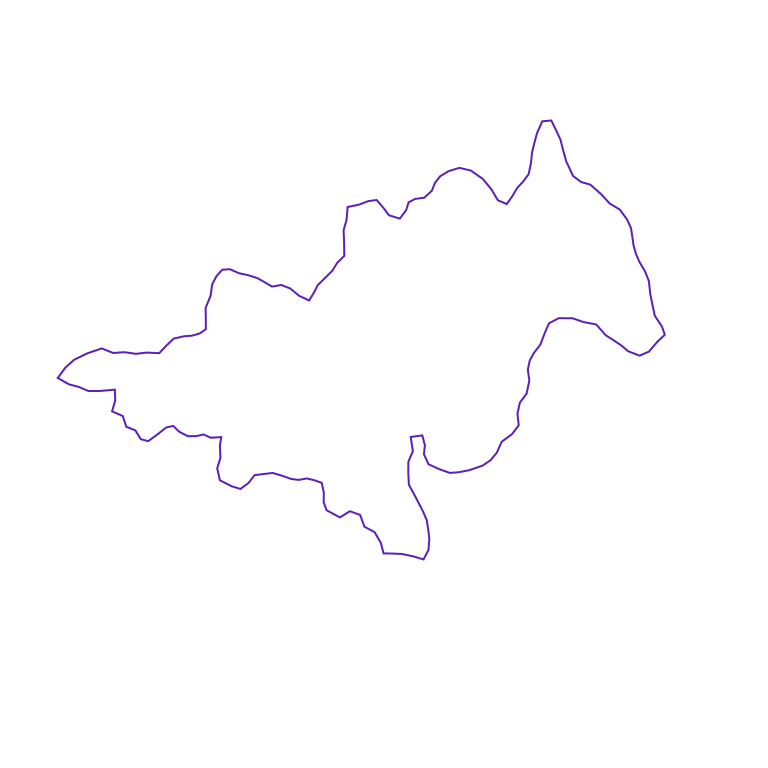 the district of Santana da Vargem, Minas Gerais, Brazil, rotated 154°
{"feature_id": "56859067B34878653827623", "entity_name": "Santana da Vargem", "entity_type": "district", "adm_level": 2, "iso_a3": "BRA", "parent_name": "Brazil", "parent_adm1": "Minas Gerais", "projection": "robinson", "projection_center": [-45.501, -21.259], "detail": "fine", "context": "isolated", "style": "outline", "palette": "violet", "viewbox_px": 768, "rotation_deg": 154, "n_neighbors": 0, "source": "geoboundaries", "source_scale": "gbopen_adm2", "svg_char_len": 2489}
<svg xmlns="http://www.w3.org/2000/svg" viewBox="0 0 768 768"><g transform="rotate(154 384 384)"><path d="M110.0,305.2L109.0,313.9L110.7,326.5L108.0,337.5L105.2,348.3L100.8,360.4L100.0,371.2L100.9,382.0L100.5,390.7L98.9,399.4L96.2,407.6L93.7,415.8L93.4,425.5L95.7,437.6L102.0,447.2L105.7,459.6L111.2,472.8L118.3,479.1L122.9,488.2L122.6,504.3L120.3,516.6L118.3,526.2L118.1,535.6L118.1,547.5L126.6,550.7L136.4,542.5L144.0,533.8L149.3,527.4L155.3,517.8L162.1,509.1L170.7,504.7L178.2,501.9L186.4,496.5L194.8,491.9L201.1,499.2L202.2,512.3L205.4,525.3L212.5,537.9L221.5,545.2L232.6,547.0L242.4,546.1L250.0,542.5L256.3,536.7L266.1,533.8L274.9,536.7L282.2,536.5L287.8,530.6L297.3,525.7L305.6,533.5L307.4,542.9L309.9,552.6L318.2,555.3L328.0,556.2L339.1,559.0L345.8,547.8L352.9,539.9L357.5,529.4L363.5,516.6L373.0,513.4L380.9,508.4L391.8,504.7L400.2,501.9L406.8,496.9L414.7,491.9L421.7,500.6L426.5,511.1L432.9,518.0L442.0,520.7L446.8,528.0L451.4,534.7L458.1,541.1L465.7,547.1L472.3,554.8L479.3,557.6L487.3,554.4L494.7,548.9L501.2,539.3L511.0,530.6L516.1,519.6L520.1,511.4L527.4,510.2L535.4,511.6L542.9,514.6L553.2,517.0L563.1,513.8L572.4,510.2L583.8,516.4L593.6,519.8L603.6,526.5L613.8,530.6L622.1,539.7L637.1,541.6L652.0,541.6L663.2,538.4L674.6,532.4L667.4,521.9L659.2,514.8L652.9,507.4L642.7,502.4L628.4,496.9L632.8,487.0L640.4,478.6L632.8,469.6L634.4,458.6L627.8,451.3L626.8,441.0L621.0,436.0L609.2,438.1L598.9,440.4L591.8,438.7L589.0,430.9L583.2,423.1L575.7,419.5L568.2,417.7L563.4,411.7L553.6,407.6L558.6,400.3L563.4,389.3L570.9,381.3L573.7,369.4L565.7,358.8L559.1,352.6L549.3,354.4L540.2,358.8L532.4,356.1L523.1,352.9L516.1,346.5L509.0,339.3L502.7,335.2L494.7,332.9L488.6,327.9L483.3,322.4L485.7,312.8L490.1,304.1L490.9,295.6L482.1,283.4L470.4,284.6L462.9,276.8L464.1,264.2L457.4,255.0L456.5,242.7L458.6,231.9L451.9,228.5L442.6,223.5L433.3,216.3L425.4,209.0L416.7,215.4L411.1,225.0L408.4,232.8L405.3,242.7L404.8,252.6L405.0,261.9L405.3,271.5L405.8,282.5L400.8,294.2L396.2,303.4L387.5,311.0L383.2,324.7L372.1,321.0L374.1,311.0L378.9,303.4L379.2,292.4L371.8,283.4L363.8,275.2L355.7,272.0L345.4,269.2L331.2,267.4L321.7,268.8L312.6,272.9L303.6,280.5L291.0,282.8L281.0,287.8L277.1,298.8L269.9,307.8L260.1,312.8L251.9,323.3L248.4,333.9L242.7,341.2L235.7,346.2L226.3,350.8L217.2,359.3L209.2,366.2L198.2,366.6L185.7,360.4L177.7,352.4L167.1,344.4L163.4,330.7L158.4,322.6L153.6,314.2L150.2,306.4L141.8,297.4L131.6,297.0L120.1,302.0L110.0,305.2Z" fill="none" stroke="#5b21b6" stroke-width="2"/></g></svg>